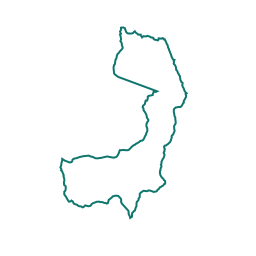 the district of Silvanópolis, Tocantins, Brazil, rotated 304°
{"feature_id": "56859067B70110424139834", "entity_name": "Silvanópolis", "entity_type": "district", "adm_level": 2, "iso_a3": "BRA", "parent_name": "Brazil", "parent_adm1": "Tocantins", "projection": "orthographic", "projection_center": [-47.989, -11.112], "detail": "fine", "context": "isolated", "style": "outline", "palette": "teal", "viewbox_px": 256, "rotation_deg": 304, "n_neighbors": 0, "source": "geoboundaries", "source_scale": "gbopen_adm2", "svg_char_len": 5388}
<svg xmlns="http://www.w3.org/2000/svg" viewBox="0 0 256 256"><g transform="rotate(304 128 128)"><path d="M54.7,180.1L56.7,180.9L58.4,179.8L59.7,179.0L61.0,179.3L62.3,179.3L63.3,179.9L65.5,179.2L66.8,178.8L67.9,178.8L68.8,178.2L70.4,177.1L71.7,176.7L73.3,176.9L74.3,176.9L75.6,176.2L76.9,176.4L78.0,176.0L79.0,175.2L80.1,174.5L81.1,174.7L82.1,174.9L83.2,175.4L84.4,175.8L85.0,176.7L85.5,177.7L85.9,178.6L86.6,179.4L87.8,180.0L88.3,181.0L88.6,181.8L88.8,182.7L89.1,183.6L89.3,185.0L90.2,185.9L91.1,186.8L92.0,187.2L93.2,187.1L94.6,187.6L95.6,187.6L96.6,187.6L97.4,188.2L98.7,188.6L100.1,189.4L101.6,189.3L102.6,189.9L103.7,189.3L104.8,188.4L104.9,186.9L105.5,186.0L105.8,184.7L105.8,183.7L106.3,182.9L106.7,181.9L107.2,181.0L107.9,180.3L109.0,179.3L110.0,178.6L110.9,178.6L111.6,178.1L112.6,177.8L113.5,177.4L114.5,177.4L115.3,176.9L115.9,175.8L117.1,175.7L117.9,175.2L119.0,174.5L120.2,174.5L121.0,174.2L122.1,174.2L123.1,174.2L124.4,173.9L125.6,173.5L126.6,172.9L127.3,171.5L128.3,171.2L129.1,171.3L129.9,170.6L131.2,170.3L131.8,169.2L132.7,168.3L133.9,168.4L134.9,169.3L135.9,169.6L137.0,170.1L138.2,170.3L139.5,170.7L141.0,170.6L142.1,170.4L142.9,170.0L143.9,169.8L144.7,169.5L145.5,168.8L146.4,168.6L147.5,169.0L148.7,168.9L149.8,168.6L150.9,168.5L151.9,168.1L153.0,166.9L154.3,165.9L155.3,165.2L156.7,165.0L158.3,165.0L159.2,164.5L159.9,163.9L160.9,163.1L161.8,162.2L162.5,161.8L163.3,161.2L163.6,160.4L164.4,159.4L165.5,158.5L166.4,157.5L167.2,156.8L167.9,156.4L168.8,155.7L169.9,155.6L170.7,155.9L171.6,156.0L172.3,156.8L173.2,157.6L174.0,158.5L174.6,159.6L175.8,160.1L176.7,160.1L178.2,160.0L179.4,159.8L180.3,160.1L181.2,159.3L182.2,159.0L183.6,159.1L184.8,158.8L185.9,158.8L187.2,158.2L187.8,157.4L188.4,156.7L189.6,157.2L189.7,156.2L190.0,155.1L190.6,153.8L191.4,152.9L192.1,151.9L192.5,150.7L193.3,149.8L193.9,148.9L195.1,148.6L196.0,147.9L195.9,146.6L196.5,145.8L197.1,144.7L198.1,143.7L199.2,142.8L200.0,142.1L200.5,140.7L201.1,139.8L201.5,138.6L202.4,137.6L203.0,136.7L203.0,135.7L203.6,135.1L204.4,134.4L205.3,133.6L205.9,132.7L206.4,131.7L206.8,130.0L208.3,129.3L209.1,128.5L210.4,128.4L210.0,127.3L210.4,126.1L211.1,125.0L211.5,124.2L212.3,123.3L213.3,122.0L214.0,120.8L214.7,120.0L215.2,119.0L215.8,118.2L216.5,117.6L216.8,116.8L217.3,116.0L218.2,115.2L219.0,114.1L219.5,112.9L220.4,111.7L221.1,110.6L221.4,109.7L222.1,108.9L221.5,108.0L222.1,107.2L221.8,106.3L220.8,105.8L220.2,104.8L219.5,103.3L218.3,103.9L217.2,103.7L217.0,102.7L216.5,101.5L216.1,100.5L216.1,99.5L216.9,98.5L216.6,97.6L216.0,96.7L216.0,95.5L215.8,94.7L215.6,93.7L215.3,92.6L214.6,92.2L213.8,91.5L213.3,90.5L212.8,89.5L211.9,89.2L211.0,89.0L211.5,88.1L211.7,87.1L212.5,86.3L211.8,85.3L211.1,84.3L211.4,83.2L211.3,82.1L211.5,80.9L212.0,79.6L210.8,79.2L209.5,79.1L208.3,78.1L207.5,77.1L207.0,76.0L206.4,75.3L206.3,74.3L206.5,73.0L207.1,72.1L207.7,71.3L208.2,70.5L209.0,69.7L208.8,68.2L208.0,66.8L207.2,66.1L206.1,66.9L205.1,67.4L203.6,67.4L202.9,68.3L202.2,69.5L201.1,69.0L200.4,69.8L199.9,70.6L198.8,71.6L197.6,72.7L195.8,73.1L195.3,74.5L194.5,75.7L193.4,76.4L191.9,78.5L190.7,79.0L188.8,78.7L187.1,78.4L185.4,78.4L184.5,78.2L183.4,78.0L181.9,78.3L181.0,78.7L180.1,79.0L179.2,79.5L178.2,79.4L177.1,79.7L176.2,80.1L174.6,80.9L173.3,81.5L172.3,81.2L169.9,82.3L168.0,83.8L166.9,84.8L165.4,86.1L165.1,87.2L165.0,88.7L164.9,89.8L164.9,91.5L174.7,131.6L173.5,130.9L172.9,129.8L172.5,128.9L171.5,129.3L170.4,129.5L169.1,130.0L167.3,128.3L166.1,127.1L164.9,126.9L164.2,127.5L162.1,128.4L161.2,128.4L160.8,127.4L159.7,127.5L158.4,128.2L156.9,128.6L154.8,128.0L153.3,128.6L153.0,129.7L152.3,130.4L151.4,131.0L150.8,132.7L150.3,133.9L149.7,135.0L148.7,136.5L147.7,137.3L147.1,138.0L146.7,139.1L146.1,140.3L145.2,140.8L144.0,140.7L141.8,141.0L140.6,141.7L139.6,142.4L139.1,143.3L138.4,144.2L137.7,144.7L136.8,145.4L135.7,145.9L134.5,146.0L133.6,146.1L132.8,146.6L130.4,146.7L128.3,147.2L126.5,147.2L125.3,146.7L124.8,145.9L123.7,145.3L122.6,145.1L121.4,144.5L120.4,144.1L119.6,143.5L117.9,143.1L117.0,142.4L115.4,141.8L113.9,141.5L110.3,140.9L109.3,140.0L108.0,138.0L107.5,136.8L106.2,135.2L105.0,133.6L103.9,133.9L102.5,134.3L100.1,134.7L98.3,134.7L97.3,134.4L95.4,132.7L94.9,131.7L93.3,128.0L93.0,127.0L92.2,126.1L87.9,122.1L87.2,121.2L85.7,119.6L84.7,117.8L84.4,115.6L84.1,114.2L83.5,113.2L83.3,111.1L81.9,109.4L79.4,106.5L78.1,105.3L76.9,104.1L75.6,103.2L74.5,102.4L73.2,101.2L72.2,100.3L70.9,99.7L69.6,100.2L68.2,100.3L66.9,99.1L66.6,98.1L65.6,93.8L65.6,92.6L65.6,91.7L65.6,90.8L64.3,91.6L63.1,92.0L61.4,92.6L59.9,93.4L59.0,93.7L57.4,94.1L57.0,95.1L56.6,95.9L55.4,96.2L55.3,97.6L53.9,99.5L53.1,101.0L52.2,101.2L50.1,103.7L48.3,104.9L47.2,105.2L45.1,106.9L44.9,108.7L44.3,109.4L43.1,110.1L42.0,110.8L40.7,111.1L39.5,110.8L38.7,111.4L37.3,112.3L36.8,113.6L36.4,114.9L34.7,118.2L33.9,120.2L35.1,121.5L36.2,121.7L36.2,123.4L35.6,124.3L35.0,125.4L35.2,126.7L35.7,128.0L35.9,128.9L35.7,129.8L35.7,130.8L36.1,131.8L36.7,132.7L36.9,134.9L38.2,135.5L39.9,135.8L40.3,136.9L41.0,139.0L42.5,140.4L43.8,140.4L44.9,140.5L46.0,141.0L48.1,142.5L49.3,143.3L50.8,145.2L51.1,146.5L52.1,147.9L52.3,148.7L52.7,150.4L53.3,151.2L53.5,152.7L54.5,153.3L57.8,152.2L58.7,152.6L61.2,153.4L62.9,153.6L63.6,154.4L64.6,155.1L65.8,156.9L66.2,158.1L65.8,159.7L65.6,161.1L64.9,162.3L62.7,163.8L61.9,165.2L60.4,171.3L59.5,174.8L58.3,175.8L57.3,176.4L56.8,177.1L55.8,178.9L54.7,180.1Z" fill="none" stroke="#0f766e" stroke-width="2"/></g></svg>